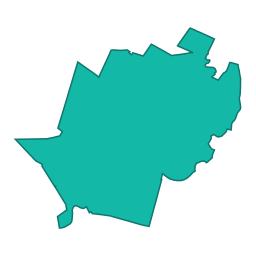 outline of Visani, Braila, Romania
{"feature_id": "2599482B40440653080900", "entity_name": "Visani", "entity_type": "district", "adm_level": 2, "iso_a3": "ROU", "parent_name": "Romania", "parent_adm1": "Braila", "projection": "mercator", "projection_center": [27.327, 45.175], "detail": "fine", "context": "isolated", "style": "filled", "palette": "teal", "viewbox_px": 256, "rotation_deg": 0, "n_neighbors": 0, "source": "geoboundaries", "source_scale": "gbopen_adm2", "svg_char_len": 3645}
<svg xmlns="http://www.w3.org/2000/svg" viewBox="0 0 256 256"><path d="M149.1,226.4L149.6,224.3L151.3,218.1L153.2,211.0L153.2,210.9L156.0,200.9L157.8,194.1L159.4,188.1L161.7,179.4L161.1,179.3L162.5,173.7L165.5,175.9L167.0,177.1L169.9,178.9L171.6,179.4L173.4,180.0L175.8,180.4L178.3,180.6L181.5,180.5L184.5,179.5L186.4,178.5L188.2,177.2L190.6,175.0L193.0,172.4L195.2,171.0L194.8,169.9L195.2,165.6L196.1,164.2L196.5,163.2L197.6,163.0L199.7,162.0L201.3,161.3L201.7,161.2L203.2,161.1L203.9,161.1L205.1,161.5L206.4,162.7L206.7,162.6L207.6,161.9L212.3,157.6L212.2,156.2L212.5,154.7L214.4,150.0L211.6,148.9L208.2,143.9L209.4,141.9L211.2,138.6L211.2,138.3L211.0,136.2L213.7,134.5L217.6,136.9L219.1,136.8L220.5,136.5L221.9,136.0L222.8,135.0L225.6,132.5L226.4,131.0L227.2,129.0L229.5,129.6L231.1,130.0L231.5,126.0L231.6,124.0L232.7,121.9L233.9,120.8L234.5,120.1L235.5,118.4L235.9,117.3L236.4,115.9L236.9,114.2L237.6,112.7L238.7,111.4L239.8,109.9L240.5,108.7L240.6,106.9L240.3,104.6L239.9,102.3L239.5,99.8L239.3,98.2L240.0,95.4L240.2,93.4L240.4,89.2L240.5,85.2L240.5,81.8L240.6,78.6L240.1,76.2L239.8,74.9L239.5,72.9L239.4,71.9L239.2,70.7L238.7,68.8L238.4,67.3L238.4,67.2L238.2,65.7L238.1,65.4L238.0,64.8L238.0,64.6L236.7,64.2L234.2,63.5L231.4,62.7L230.2,62.4L229.6,62.8L228.4,66.4L227.8,68.0L227.3,69.0L227.1,69.7L226.5,70.7L226.0,71.4L225.3,72.0L224.7,72.5L223.9,72.8L223.5,73.1L218.6,79.5L218.1,80.1L211.9,77.1L212.8,76.1L214.0,75.2L214.7,74.5L215.0,74.2L214.9,73.7L214.7,72.7L215.5,72.5L216.0,72.1L216.0,71.4L216.0,70.7L215.5,69.8L215.1,68.8L214.5,68.2L213.6,67.7L212.7,67.4L211.6,67.3L210.2,67.3L209.0,67.3L207.8,67.1L206.8,67.0L205.9,66.7L205.4,66.3L205.1,65.5L205.5,64.6L206.1,63.7L206.8,63.4L208.0,63.2L208.4,63.0L209.2,62.0L209.7,61.1L209.8,60.3L209.7,60.0L208.8,59.9L207.8,60.0L207.3,60.0L206.3,59.2L206.0,58.7L205.8,58.5L205.5,58.4L205.4,58.0L205.8,57.6L206.0,56.9L206.2,56.3L206.6,55.5L207.0,54.8L207.7,54.3L208.1,54.0L208.1,53.3L208.3,51.6L211.8,44.4L214.4,39.0L211.3,37.5L205.1,34.7L202.7,33.6L198.4,31.7L197.6,31.4L196.3,30.8L194.4,29.9L193.4,29.5L192.1,28.9L190.9,28.4L190.3,28.1L190.2,28.1L189.7,28.4L188.6,30.0L187.6,31.4L186.1,33.5L184.5,35.8L184.0,36.5L179.9,42.3L177.5,45.8L179.6,46.9L180.4,47.1L192.5,52.4L192.4,52.7L190.4,52.7L189.4,52.9L186.5,53.5L181.3,54.3L171.6,55.5L165.4,52.0L161.0,49.5L151.3,44.2L149.0,47.6L143.2,56.0L132.8,52.8L131.7,54.7L131.0,54.5L129.9,53.3L129.7,53.4L129.0,52.5L129.8,51.7L127.1,49.9L120.9,50.4L116.3,50.2L116.1,50.1L113.6,49.9L111.1,50.2L109.4,54.1L108.6,55.9L108.5,56.1L106.3,61.1L105.4,62.8L98.9,77.0L98.6,76.8L94.1,73.5L85.8,67.7L85.7,67.6L80.2,63.7L78.4,62.4L77.8,62.0L76.0,68.0L74.2,74.0L70.7,85.8L68.5,93.0L67.5,96.5L62.4,113.4L60.7,118.9L57.9,128.2L62.4,131.6L59.5,136.2L59.1,136.2L58.5,136.2L57.8,136.3L56.0,136.8L55.2,137.0L53.2,137.5L52.1,137.8L46.6,138.8L35.5,139.0L23.3,139.2L15.4,139.3L16.0,139.9L17.2,141.2L19.7,143.9L30.5,155.3L31.3,156.1L35.6,160.7L35.9,160.9L42.4,164.4L42.2,164.9L42.0,166.2L53.2,184.1L54.7,186.5L55.1,186.3L55.6,186.3L55.3,187.3L66.0,204.8L66.0,205.2L66.1,206.5L66.5,208.5L66.9,209.8L57.5,216.6L58.3,221.1L59.4,228.0L61.3,227.9L63.0,227.5L64.1,227.2L65.4,226.6L67.6,225.3L68.2,225.0L68.8,224.6L70.4,223.6L71.5,221.9L71.9,220.9L72.0,219.5L72.3,216.5L72.4,214.5L72.5,212.7L72.4,211.6L72.3,210.2L72.5,208.9L73.4,207.2L74.0,206.3L74.5,206.1L75.0,205.8L76.4,205.8L77.6,206.3L79.0,206.9L80.2,207.6L82.6,208.4L83.2,208.4L83.8,208.4L85.1,207.6L85.9,206.8L86.6,207.2L89.4,212.7L89.5,212.8L91.0,211.8L91.3,212.1L91.5,212.4L92.3,213.6L102.6,214.8L110.2,215.9L120.7,218.9L131.0,221.8L140.4,224.5L141.4,224.8L149.1,226.4Z" fill="#14b8a6" stroke="#0f766e" stroke-width="1.5"/></svg>